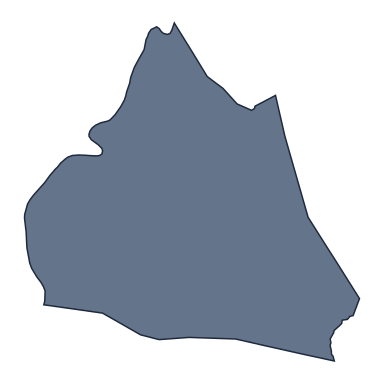 the district of Miguel Alves, Piauí, Brazil
{"feature_id": "56859067B82587646151349", "entity_name": "Miguel Alves", "entity_type": "district", "adm_level": 2, "iso_a3": "BRA", "parent_name": "Brazil", "parent_adm1": "Piauí", "projection": "mercator", "projection_center": [-42.811, -4.205], "detail": "fine", "context": "isolated", "style": "filled", "palette": "slate", "viewbox_px": 384, "rotation_deg": 0, "n_neighbors": 0, "source": "geoboundaries", "source_scale": "gbopen_adm2", "svg_char_len": 1477}
<svg xmlns="http://www.w3.org/2000/svg" viewBox="0 0 384 384"><path d="M125.8,95.8L124.4,100.0L120.6,106.9L115.0,114.8L110.1,119.9L107.7,121.1L100.7,122.8L95.6,125.2L92.1,128.0L90.1,130.8L89.0,134.1L89.1,136.4L91.4,139.8L98.3,144.8L101.9,148.5L102.6,150.8L101.9,154.0L99.8,155.4L97.2,155.9L91.4,155.7L86.1,155.3L83.9,155.2L78.7,155.0L72.3,155.5L70.2,156.3L67.9,157.1L65.2,159.1L60.7,163.0L57.5,167.1L55.2,169.3L49.7,175.7L44.8,182.5L33.8,194.8L30.1,199.6L27.5,204.2L24.7,214.4L24.5,218.1L25.2,223.9L25.6,227.7L26.1,231.4L26.6,241.8L26.7,244.3L27.0,248.4L29.1,259.6L29.7,263.0L31.7,268.4L36.9,277.0L41.0,282.4L43.5,286.8L45.1,290.8L44.8,301.0L43.8,304.8L102.5,313.1L117.8,321.8L130.9,329.3L140.5,334.8L157.1,339.1L159.2,339.6L189.1,337.4L235.7,339.0L239.1,339.8L267.6,346.3L300.3,353.6L334.3,361.0L333.0,356.1L331.5,354.4L331.4,351.2L330.1,345.3L330.9,343.0L330.2,338.9L333.6,332.9L334.1,330.5L336.9,328.0L339.4,325.8L341.7,323.5L342.2,320.2L347.4,319.4L350.0,316.3L353.1,315.6L359.5,298.6L336.4,261.9L324.4,243.1L308.1,217.3L306.5,211.7L288.5,148.9L284.8,135.9L275.5,95.4L255.0,106.2L254.4,108.6L251.5,110.3L237.0,103.9L232.6,99.0L223.0,88.4L218.2,84.8L215.2,82.6L207.2,76.5L190.6,49.3L180.6,33.2L174.3,23.0L171.8,30.2L170.1,33.4L167.5,34.4L163.6,33.5L161.1,31.4L159.3,28.7L156.7,26.8L151.1,29.5L148.5,33.4L147.9,35.8L146.1,39.5L144.1,49.7L139.5,57.8L135.8,64.6L134.3,67.5L130.7,77.4L129.7,83.1L126.7,91.7L125.8,95.8Z" fill="#64748b" stroke="#1e293b" stroke-width="1.5"/></svg>